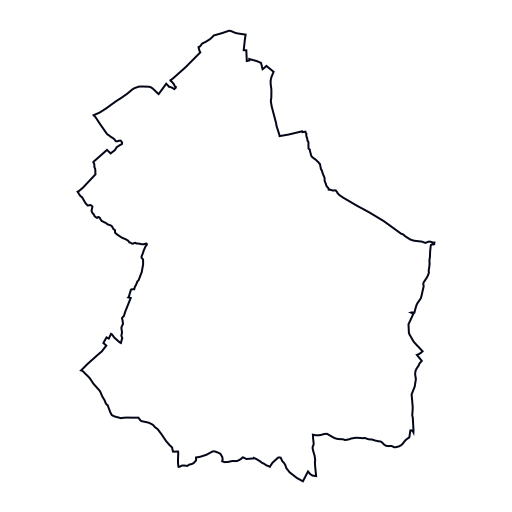 the district of Botosana, Suceava, Romania
{"feature_id": "2599482B9355615521199", "entity_name": "Botosana", "entity_type": "district", "adm_level": 2, "iso_a3": "ROU", "parent_name": "Romania", "parent_adm1": "Suceava", "projection": "albers", "projection_center": [25.936, 47.686], "detail": "fine", "context": "isolated", "style": "outline", "palette": "ink", "viewbox_px": 512, "rotation_deg": 0, "n_neighbors": 0, "source": "geoboundaries", "source_scale": "gbopen_adm2", "svg_char_len": 5997}
<svg xmlns="http://www.w3.org/2000/svg" viewBox="0 0 512 512"><path d="M409.3,437.4L410.4,430.4L411.7,430.4L413.0,431.5L413.4,432.3L413.5,430.4L412.8,417.8L412.2,415.1L412.5,412.0L412.7,408.0L412.7,406.8L411.6,394.4L414.7,386.6L415.9,379.0L415.5,376.8L415.1,374.1L415.5,371.0L416.6,368.5L418.7,365.5L419.1,364.3L419.7,363.2L421.8,360.9L416.9,354.9L419.1,354.0L421.3,352.5L422.6,351.3L414.6,342.8L413.5,341.4L409.4,334.3L408.9,332.7L408.5,324.3L413.4,313.7L411.0,312.6L411.8,312.4L413.1,312.5L413.9,312.7L414.4,312.6L415.3,309.1L416.4,305.4L417.3,303.4L420.8,298.3L421.5,295.9L423.6,286.6L423.6,285.5L423.3,284.2L423.4,283.0L423.9,282.0L426.7,277.8L427.9,275.5L428.9,272.6L428.7,270.4L429.2,267.5L429.6,263.9L429.4,260.3L429.9,257.3L430.1,252.1L430.6,246.7L431.0,244.9L432.1,244.4L433.3,244.5L434.2,244.2L434.4,242.5L432.9,242.5L430.0,241.6L428.9,241.6L425.3,242.9L421.8,241.6L414.7,240.8L412.5,240.3L410.1,239.4L405.4,236.4L403.1,234.4L401.1,233.7L383.9,221.2L369.3,212.4L356.9,205.7L343.4,197.8L339.3,195.0L337.5,193.1L337.2,192.3L335.8,190.5L334.6,190.3L333.3,190.6L330.0,189.7L328.7,189.7L328.6,188.5L326.8,186.4L326.0,184.7L325.9,183.8L324.8,181.5L324.6,179.6L324.5,177.6L322.9,174.0L321.7,170.1L321.3,169.8L321.1,169.2L320.7,168.3L320.7,167.5L320.4,166.5L320.0,164.1L318.9,163.1L318.6,162.4L318.1,161.9L317.6,161.6L315.9,159.8L313.5,158.1L311.8,156.7L311.2,155.6L310.1,151.5L309.8,149.7L309.5,149.3L308.6,148.7L308.5,147.8L308.5,146.0L308.4,145.1L308.5,142.7L308.3,141.8L307.7,141.2L307.1,138.2L306.6,136.9L306.2,135.1L306.4,134.4L306.4,133.7L305.5,132.5L305.4,131.7L302.4,132.1L302.1,131.3L288.8,134.5L279.6,136.1L279.4,134.9L276.5,125.9L276.1,123.2L271.7,106.5L270.9,101.7L270.9,100.1L271.3,97.9L271.4,91.2L271.3,88.9L270.7,84.4L270.6,81.0L270.9,79.3L271.5,76.9L273.6,71.8L266.4,65.9L264.4,67.8L262.6,69.2L261.0,62.9L256.8,61.1L249.3,59.0L249.4,60.4L246.8,61.0L246.3,50.3L243.7,50.2L244.9,39.4L245.6,34.6L237.4,33.4L235.0,32.8L231.2,31.1L229.2,30.7L222.1,33.1L213.7,35.5L212.1,37.3L209.8,39.3L205.8,41.8L202.1,43.6L200.2,46.2L199.3,46.9L198.6,47.0L198.7,48.0L199.5,50.9L200.3,52.4L185.6,67.2L172.9,78.5L170.4,80.3L170.7,80.9L171.9,81.8L172.7,82.7L173.4,83.7L174.0,84.3L174.4,85.4L175.1,86.7L175.9,87.1L175.7,87.8L174.3,89.1L172.4,87.9L170.4,87.0L168.8,86.7L168.3,85.8L166.2,83.7L162.5,88.9L158.6,94.1L152.8,88.6L150.9,87.3L149.7,86.9L148.3,86.7L141.9,86.5L139.0,86.6L135.1,87.9L133.8,88.5L132.0,89.7L126.9,94.0L124.5,95.6L121.6,97.7L116.5,100.9L110.8,105.0L106.6,108.1L99.6,112.6L93.6,115.2L95.6,117.3L99.6,123.4L106.7,133.6L107.7,134.6L109.2,135.5L110.3,136.5L112.9,138.1L114.5,139.4L115.8,141.2L117.4,141.3L119.2,140.7L120.6,140.6L121.5,141.6L122.1,142.8L121.9,144.1L119.4,145.4L116.7,147.2L114.8,150.2L110.6,153.4L107.0,149.9L93.5,161.8L93.3,162.1L93.4,162.4L94.2,163.7L94.3,164.1L94.4,167.2L95.1,168.7L95.4,171.1L95.3,172.1L95.4,173.4L95.5,174.3L83.0,187.6L79.0,191.0L77.6,191.7L80.0,195.5L80.7,196.3L82.0,197.1L85.4,203.0L87.5,205.4L88.1,205.5L90.2,205.0L91.6,205.7L92.2,206.2L92.4,206.8L91.6,210.5L91.7,211.5L92.4,212.8L93.0,213.7L93.9,214.5L94.3,215.7L94.9,216.5L96.8,217.8L97.5,217.8L98.0,217.1L98.6,217.0L99.9,217.9L100.5,219.3L101.7,221.0L102.7,221.4L104.5,222.4L105.6,222.8L107.7,224.4L110.9,225.5L112.0,226.4L113.3,228.9L115.0,230.2L115.0,232.4L115.2,232.7L115.8,233.4L117.5,234.8L122.1,237.8L125.6,239.2L128.0,240.6L129.4,242.4L130.5,242.7L131.6,243.4L132.3,243.7L133.0,243.7L133.6,243.3L135.5,242.8L136.4,243.5L139.2,243.6L140.7,244.1L143.5,244.3L146.1,243.5L146.7,243.8L146.8,244.8L145.5,246.4L143.6,250.8L142.9,253.2L141.8,255.8L141.5,257.1L141.7,258.0L142.9,259.2L143.1,260.3L143.1,264.5L141.7,272.2L138.6,280.2L137.2,281.7L136.9,282.8L135.7,285.5L135.1,286.3L134.2,289.2L133.8,289.1L132.6,289.3L131.5,289.3L130.9,289.8L128.8,296.8L128.3,297.4L130.7,298.0L125.3,311.5L123.8,316.2L122.5,317.3L122.0,318.4L122.6,320.6L123.0,324.0L121.9,326.1L121.4,327.8L121.6,329.7L121.9,331.4L122.0,332.9L121.4,335.2L121.6,336.4L122.3,338.3L121.8,339.5L120.9,343.0L119.6,342.3L114.4,337.7L112.2,334.7L111.0,333.9L108.8,338.6L106.5,337.4L103.4,343.0L106.3,345.6L101.8,351.4L97.9,354.7L87.5,364.0L81.1,370.4L81.9,370.6L83.5,371.8L85.6,374.0L88.7,377.0L90.2,378.8L93.4,383.7L99.7,390.8L100.3,391.8L102.3,396.5L104.7,400.5L105.5,402.7L106.3,404.2L107.7,405.3L110.3,412.3L111.8,415.1L114.1,416.3L121.0,418.2L123.0,417.8L126.4,417.6L138.5,417.7L139.9,419.8L141.4,421.1L148.4,422.6L151.5,424.0L153.3,425.2L155.0,427.2L157.7,429.2L161.9,434.8L166.1,441.1L169.3,444.8L172.1,447.5L172.7,450.5L173.1,451.7L178.0,451.5L178.2,452.1L178.2,454.1L178.0,459.4L178.0,462.9L178.3,466.0L178.6,466.9L180.4,466.4L181.4,465.8L182.3,465.5L183.8,465.5L187.3,465.9L189.5,464.5L190.8,464.3L192.4,463.8L194.2,462.6L195.1,461.4L196.1,460.4L196.0,458.2L196.1,457.4L198.7,457.1L201.1,456.5L206.4,454.8L212.3,451.6L213.3,451.3L215.1,451.5L217.5,452.4L220.1,453.6L220.7,454.3L222.2,456.9L222.5,458.1L222.6,459.3L222.2,461.3L224.5,462.1L227.8,462.0L232.3,461.0L232.5,461.0L236.1,461.1L237.9,460.7L240.8,459.1L242.9,457.3L246.4,459.0L253.7,458.4L253.9,457.9L256.8,459.3L260.2,461.4L261.8,462.7L263.8,463.6L266.3,465.3L269.4,466.5L269.8,466.8L272.5,462.7L278.1,457.6L279.5,457.4L280.7,457.7L282.2,461.0L284.2,463.2L285.4,465.3L286.3,468.1L289.6,472.3L296.9,478.0L302.9,481.3L308.0,471.5L310.2,474.1L311.7,475.1L313.0,475.7L316.1,476.1L315.1,465.9L314.9,461.7L315.2,460.6L315.1,459.5L314.6,455.8L313.0,450.3L312.6,448.0L312.7,446.7L313.5,444.9L313.7,443.7L313.1,438.5L313.0,435.8L312.9,434.7L315.2,435.2L318.5,435.3L320.8,435.0L324.1,434.0L327.0,433.8L333.4,437.5L335.2,438.3L336.8,438.8L339.4,439.1L343.1,439.3L345.0,440.0L345.6,440.0L349.1,439.3L351.2,438.5L355.4,437.8L357.9,437.8L362.9,438.2L365.0,438.0L367.9,439.1L369.6,439.4L371.9,439.5L375.4,440.6L378.1,441.2L380.5,441.5L381.8,442.2L383.8,444.3L385.2,445.3L386.4,445.9L388.9,446.1L390.9,445.9L392.1,446.2L393.9,447.1L394.7,447.3L396.8,447.0L399.1,446.3L400.7,445.5L402.3,444.2L405.1,440.6L406.8,439.1L409.3,437.4Z" fill="none" stroke="#020617" stroke-width="2"/></svg>